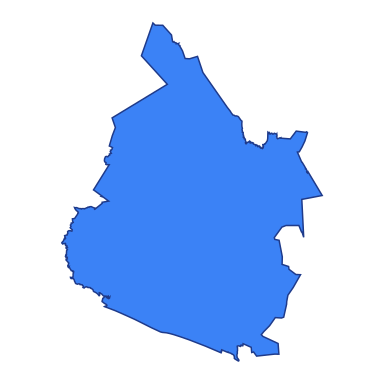 Coyuca de Benítez, Guerrero, Mexico
{"feature_id": "50627088B90299742739886", "entity_name": "Coyuca de Benítez", "entity_type": "district", "adm_level": 2, "iso_a3": "MEX", "parent_name": "Mexico", "parent_adm1": "Guerrero", "projection": "natural_earth1", "projection_center": [-100.103, 17.179], "detail": "fine", "context": "isolated", "style": "filled", "palette": "blue", "viewbox_px": 384, "rotation_deg": 0, "n_neighbors": 0, "source": "geoboundaries", "source_scale": "gbopen_adm2", "svg_char_len": 5868}
<svg xmlns="http://www.w3.org/2000/svg" viewBox="0 0 384 384"><path d="M197.5,56.4L189.5,58.8L185.1,58.5L182.5,50.9L179.7,45.9L180.5,45.7L179.8,45.6L179.6,45.9L179.2,45.2L178.6,44.7L178.4,43.9L178.7,43.4L178.0,43.6L176.3,43.7L176.4,43.4L176.2,42.9L174.5,42.4L174.0,41.7L173.6,42.1L172.6,41.7L171.5,35.0L162.8,25.3L155.3,25.2L152.9,23.0L141.4,55.8L167.3,84.3L112.1,117.9L115.4,127.6L112.3,135.7L109.3,146.0L111.3,146.9L112.5,147.7L112.2,148.2L112.1,149.1L111.0,150.5L110.6,150.3L110.6,151.2L110.2,151.7L111.3,153.3L109.5,154.0L109.7,154.5L109.5,154.8L109.6,155.2L108.8,155.5L107.8,156.8L106.3,156.4L105.5,156.7L104.6,158.7L104.4,160.6L104.6,161.5L105.0,162.1L106.0,162.5L105.8,164.3L106.3,164.6L109.2,164.7L93.5,189.9L101.9,196.0L101.2,196.4L103.4,197.2L108.6,201.1L102.1,202.3L102.2,203.3L94.3,209.7L95.2,208.1L93.8,207.8L91.2,206.6L89.9,206.7L89.3,206.9L89.0,207.3L88.1,207.0L87.2,207.8L86.5,207.8L85.5,208.4L84.4,208.8L84.3,208.6L81.8,208.6L81.4,209.0L80.1,208.5L79.1,208.6L76.7,207.6L75.3,207.7L74.5,207.5L75.1,208.9L76.3,210.5L78.0,211.8L78.3,212.9L77.8,213.1L77.7,213.9L77.8,213.8L74.6,218.5L72.4,218.8L72.6,221.1L73.2,222.4L72.7,222.6L72.3,223.1L71.3,223.0L71.0,224.5L70.4,225.1L71.0,226.4L70.2,227.7L70.6,228.3L72.2,229.6L71.9,231.1L71.3,231.1L70.3,230.7L68.8,230.7L67.9,231.3L67.6,231.7L67.8,233.4L67.7,233.7L67.2,234.1L67.2,234.9L66.2,235.1L65.8,235.4L64.9,235.5L64.6,235.7L65.4,237.9L64.7,237.9L64.5,238.3L65.2,238.3L65.0,239.0L63.8,239.8L63.3,241.0L62.8,241.7L62.5,241.8L61.8,242.8L62.0,243.3L62.8,244.0L63.2,243.6L65.4,243.4L65.7,244.2L65.3,244.8L65.6,245.3L67.1,246.1L66.8,247.1L67.0,247.3L66.2,247.3L66.4,247.9L66.1,248.1L67.4,249.5L66.6,250.6L66.4,254.1L65.8,254.9L65.6,255.9L66.1,255.7L65.8,256.4L66.0,257.6L66.7,257.2L67.3,257.3L67.0,258.5L67.3,258.9L66.0,259.9L68.8,263.1L68.4,263.9L68.3,265.1L68.0,265.3L68.3,265.7L68.1,266.1L67.9,265.5L67.8,266.1L68.3,267.3L68.6,267.6L68.9,267.5L68.7,266.7L69.2,266.5L69.0,267.2L69.4,267.3L70.1,268.8L71.0,270.1L71.2,270.6L72.2,270.7L72.4,271.2L73.0,271.0L73.1,271.3L72.9,271.7L73.1,272.0L73.3,272.0L73.3,271.6L73.6,271.6L73.5,273.0L73.1,273.8L73.1,276.0L72.9,277.1L72.6,277.6L72.1,277.3L70.9,277.6L70.5,277.4L70.5,277.8L71.2,278.6L72.3,278.5L73.0,278.7L73.0,278.2L73.5,278.7L74.2,279.9L74.5,281.1L75.2,282.4L75.4,283.1L75.8,283.6L76.2,283.6L77.2,284.2L78.6,283.8L79.4,284.0L79.7,283.9L80.0,284.6L82.1,284.7L82.4,284.9L82.5,285.6L83.0,285.7L83.3,286.1L83.3,287.1L83.0,287.5L84.1,288.0L85.0,287.2L86.4,286.7L87.0,287.1L87.4,287.1L87.8,287.5L88.3,287.4L89.2,287.7L89.8,287.5L90.5,287.7L90.8,288.4L91.5,288.6L92.8,289.5L93.2,290.3L93.3,291.0L93.8,291.6L95.5,292.4L96.6,293.1L97.9,294.2L99.1,295.7L99.5,295.6L99.7,294.8L99.3,294.3L99.5,293.5L99.3,292.7L99.9,292.7L100.6,293.4L101.6,293.9L103.4,295.9L104.4,296.1L105.0,296.0L105.7,296.2L107.0,296.2L108.0,296.6L108.3,296.3L108.4,296.9L109.5,297.4L109.7,297.2L109.5,298.1L109.0,298.5L108.4,298.3L108.3,298.5L106.6,297.5L105.9,296.4L105.4,296.4L104.4,296.8L103.5,298.0L102.8,298.3L102.3,300.5L102.0,301.2L102.2,301.7L103.0,302.2L104.4,303.4L106.4,304.5L106.9,305.2L106.9,305.6L106.5,306.3L105.5,306.0L104.5,306.6L115.3,310.7L128.0,316.3L135.0,319.5L151.6,327.8L160.4,331.9L162.3,332.4L166.5,332.8L169.7,333.5L173.7,334.6L179.9,336.6L188.8,339.7L205.6,346.2L221.1,352.8L221.6,351.5L221.2,351.3L221.7,349.8L226.1,351.7L227.1,352.1L228.0,352.0L228.0,352.4L230.9,353.3L231.5,353.9L231.9,353.9L233.4,354.8L234.1,355.7L234.1,356.2L234.4,356.5L234.3,358.3L235.0,359.0L238.3,361.0L238.7,360.9L238.9,360.4L238.7,359.7L237.1,357.5L237.0,355.9L236.8,355.1L237.4,353.1L237.2,351.8L237.5,350.9L237.5,347.6L237.2,347.0L237.3,346.1L238.7,345.8L240.3,346.4L240.8,345.3L241.8,345.8L241.9,345.2L242.9,345.5L243.1,343.7L251.2,347.3L251.7,352.5L253.6,352.0L256.6,356.1L274.8,354.1L278.9,354.2L278.1,343.5L262.9,336.4L261.3,334.7L263.8,331.6L269.6,325.7L275.3,317.6L281.5,318.0L283.7,317.2L286.6,304.2L286.7,301.6L287.9,295.2L293.2,287.5L300.5,274.7L295.9,274.5L289.0,269.3L288.6,266.5L282.1,264.4L282.3,256.8L279.1,240.3L274.8,239.4L274.3,237.6L281.9,227.1L286.0,225.5L298.9,225.5L301.5,232.0L302.0,232.0L303.7,237.3L301.8,199.4L322.2,195.5L308.1,171.9L307.6,173.0L306.9,172.4L306.6,171.8L307.0,170.9L306.0,168.7L305.5,168.8L305.4,167.8L304.4,166.0L302.1,162.2L301.7,162.1L297.4,152.1L299.3,151.8L302.1,146.9L304.9,141.0L307.5,132.7L306.7,131.8L305.5,132.3L296.2,131.1L290.3,138.9L281.1,138.2L281.0,137.7L280.3,138.1L280.1,137.9L279.6,137.9L278.7,138.4L277.6,138.7L276.7,137.9L276.8,138.0L276.9,137.6L276.9,136.7L276.6,136.4L277.0,135.7L276.8,134.1L276.6,134.5L276.1,133.9L274.9,133.5L274.6,133.6L274.2,133.3L273.6,133.9L272.8,134.1L272.2,133.8L272.1,133.4L271.3,133.2L270.1,134.0L269.1,132.3L268.5,132.4L269.5,134.1L267.9,132.4L267.7,138.6L267.3,140.7L265.5,143.4L264.8,143.7L264.7,144.4L262.8,144.6L262.8,144.9L263.4,146.2L263.0,146.4L263.3,147.2L263.1,147.9L262.5,148.5L262.0,147.9L261.1,148.3L260.8,148.1L260.9,147.9L260.7,147.3L260.2,147.4L260.0,146.9L259.8,147.1L259.4,146.3L259.2,146.6L258.8,146.6L258.4,146.0L257.9,145.8L257.6,146.3L256.8,145.0L255.8,145.6L255.6,144.8L255.4,144.9L254.7,144.5L253.8,144.2L253.4,143.9L253.4,143.1L252.7,142.7L252.5,143.0L252.1,143.0L251.7,142.5L251.1,142.3L250.6,143.0L250.3,143.0L250.4,141.8L249.9,141.3L249.8,141.6L249.5,141.9L249.1,141.5L248.4,142.1L247.1,142.5L246.9,143.0L246.5,143.1L246.1,143.8L245.8,143.7L245.4,142.8L245.9,142.0L245.9,141.6L245.3,140.4L245.4,139.7L245.3,139.2L244.4,138.8L244.6,138.5L243.9,137.8L244.2,137.5L243.9,137.0L243.5,136.9L243.8,136.6L243.5,136.0L243.6,135.2L243.1,134.8L243.2,132.9L242.9,132.6L243.0,132.4L242.3,132.2L242.4,131.1L242.0,129.3L242.4,128.6L241.9,126.4L241.8,123.4L242.0,121.6L241.8,120.9L241.4,120.7L240.8,120.1L238.5,116.8L237.8,116.3L236.3,115.9L235.2,116.0L234.2,115.3L232.9,115.0L230.9,112.4L230.5,111.5L227.3,107.4L202.9,72.5L197.5,56.4Z" fill="#3b82f6" stroke="#1e3a8a" stroke-width="1.5"/></svg>